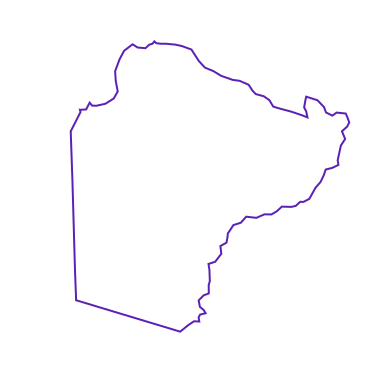 outline of Dierona, Limassol, Cyprus, rotated 16°
{"feature_id": "46923920B57390969123914", "entity_name": "Dierona", "entity_type": "district", "adm_level": 2, "iso_a3": "CYP", "parent_name": "Cyprus", "parent_adm1": "Limassol", "projection": "orthographic", "projection_center": [33.106, 34.816], "detail": "fine", "context": "isolated", "style": "outline", "palette": "violet", "viewbox_px": 384, "rotation_deg": 16, "n_neighbors": 0, "source": "geoboundaries", "source_scale": "gbopen_adm2", "svg_char_len": 1430}
<svg xmlns="http://www.w3.org/2000/svg" viewBox="0 0 384 384"><g transform="rotate(16 192 192)"><path d="M114.3,57.6L113.2,60.3L110.2,62.3L107.6,66.6L99.9,68.1L94.2,66.4L87.8,75.0L85.8,84.3L84.8,97.1L88.2,106.5L92.9,115.8L91.0,123.7L84.5,131.0L76.4,135.4L72.2,136.5L69.0,134.3L67.5,141.8L62.2,143.7L61.6,143.8L62.8,145.9L58.7,167.0L60.3,172.1L73.7,213.3L101.1,299.5L110.1,326.9L110.4,328.0L219.1,329.5L220.1,328.1L225.3,320.7L229.6,315.7L234.7,314.5L232.9,310.7L233.6,307.6L238.5,304.8L235.9,302.3L231.2,300.2L228.3,294.3L231.7,288.1L236.1,284.9L233.7,276.8L233.7,272.7L230.2,262.0L227.7,256.6L233.5,252.7L237.2,243.3L234.2,236.1L239.1,231.2L238.7,226.7L237.9,221.7L239.4,217.4L240.9,212.4L247.4,208.1L250.9,200.8L261.0,199.1L267.8,193.5L274.5,191.7L278.8,187.2L282.4,181.3L291.7,178.9L295.5,176.8L298.7,171.6L301.9,170.8L306.7,166.2L309.5,154.0L312.8,146.9L314.1,139.2L314.3,133.6L320.4,130.0L325.3,125.6L323.3,121.4L322.9,115.3L322.3,106.3L324.6,98.8L319.4,92.3L323.1,86.4L324.0,81.8L320.5,77.0L318.1,74.2L309.1,75.8L305.9,79.9L298.9,78.6L295.5,74.0L287.3,69.2L275.5,68.9L275.8,73.4L276.5,79.8L279.6,83.1L282.4,88.5L276.5,87.9L264.9,87.4L253.4,87.6L246.5,87.5L241.1,82.4L234.7,80.2L226.3,80.3L222.2,77.9L216.9,73.3L207.1,72.0L200.2,73.0L187.9,72.3L179.2,69.9L170.2,68.9L162.6,64.3L157.4,59.8L152.2,55.2L142.0,54.5L135.6,54.9L126.4,56.6L121.1,58.1L116.7,58.8L114.3,57.6Z" fill="none" stroke="#5b21b6" stroke-width="2"/></g></svg>